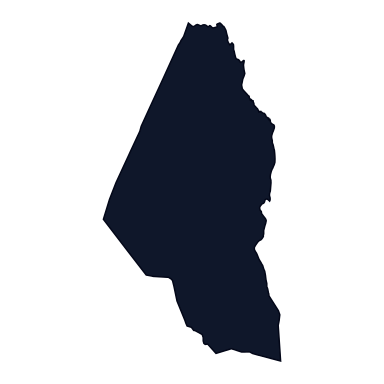 the district of San Francisco Logueche, Oaxaca, Mexico
{"feature_id": "50627088B77948267896933", "entity_name": "San Francisco Logueche", "entity_type": "district", "adm_level": 2, "iso_a3": "MEX", "parent_name": "Mexico", "parent_adm1": "Oaxaca", "projection": "equal_earth", "projection_center": [-96.367, 16.374], "detail": "fine", "context": "isolated", "style": "filled", "palette": "ink", "viewbox_px": 384, "rotation_deg": 0, "n_neighbors": 0, "source": "geoboundaries", "source_scale": "gbopen_adm2", "svg_char_len": 4182}
<svg xmlns="http://www.w3.org/2000/svg" viewBox="0 0 384 384"><path d="M116.0,182.7L109.5,199.4L103.4,219.3L127.6,250.9L146.2,275.0L151.6,276.0L153.2,276.4L168.5,277.3L171.3,279.1L172.5,280.5L174.0,286.5L177.0,301.0L184.9,320.3L185.8,323.0L187.1,326.0L191.4,327.3L193.7,330.4L195.1,330.6L202.2,334.5L203.2,337.6L203.2,340.9L203.9,343.4L205.2,344.4L207.7,344.1L216.0,353.4L231.4,348.7L241.6,352.0L249.7,351.9L252.6,353.5L257.2,354.8L280.6,361.0L278.2,325.4L279.1,320.7L279.8,314.8L278.4,310.7L269.0,295.9L268.7,293.5L268.5,293.3L267.9,290.0L267.5,288.3L266.8,286.7L266.8,283.5L266.0,279.9L265.7,277.5L265.5,275.7L265.4,275.0L264.7,271.2L263.8,269.2L262.6,265.3L261.9,264.4L261.1,262.8L259.0,259.3L257.6,255.8L257.5,255.5L256.5,253.2L255.8,252.2L255.3,251.3L254.5,249.9L254.3,248.3L254.4,247.3L255.5,245.3L256.7,243.5L257.4,242.6L258.0,241.7L259.3,240.6L259.6,240.4L260.8,239.9L261.8,238.9L262.5,237.9L263.2,236.8L263.4,236.2L263.3,235.2L263.7,234.0L263.7,233.4L263.7,230.4L264.2,228.5L264.9,225.7L265.4,224.2L265.7,223.2L266.1,221.2L266.2,220.8L265.8,219.3L264.8,217.8L263.5,216.2L261.6,213.6L261.3,211.5L259.8,209.7L259.9,209.2L259.6,208.1L259.8,207.1L260.2,206.2L261.3,204.8L262.1,203.9L262.7,203.5L263.3,203.4L263.9,202.9L264.4,202.1L264.7,201.2L264.9,200.3L265.3,199.6L266.0,199.2L266.7,199.0L267.2,199.1L268.1,199.7L268.8,200.3L269.6,201.1L270.1,200.0L270.1,198.0L269.8,196.8L269.5,195.6L269.5,193.9L270.0,192.0L270.3,191.1L270.5,189.0L271.0,182.9L270.9,180.2L270.6,179.1L270.3,178.2L270.2,176.7L270.5,174.3L270.9,172.8L271.3,171.3L272.1,169.2L272.7,168.2L273.5,166.2L274.2,164.7L274.9,162.3L275.0,159.0L274.9,156.3L274.7,153.3L274.4,150.3L273.9,148.6L273.5,146.5L272.9,144.1L272.5,143.6L272.3,142.2L272.3,140.6L271.7,138.1L271.6,136.6L271.8,135.2L272.3,133.6L272.6,132.5L273.0,131.7L273.5,130.4L274.3,128.0L274.4,126.8L274.3,125.9L273.8,124.9L272.9,124.5L271.4,123.5L271.1,123.2L270.6,122.2L270.3,121.5L270.3,120.8L270.3,120.5L270.0,119.7L269.9,119.3L269.6,119.1L269.2,119.2L269.1,119.6L269.0,119.8L268.8,119.7L268.7,119.1L268.7,118.4L268.6,118.1L268.3,118.1L268.0,118.3L267.9,117.9L267.7,117.6L267.3,117.5L266.6,117.1L266.2,116.9L266.0,116.2L265.7,115.3L265.4,114.8L265.1,114.7L265.0,114.3L264.8,113.9L264.6,113.8L264.3,113.7L263.9,113.2L263.5,113.3L263.0,113.3L262.7,113.1L262.3,112.7L261.9,112.3L261.5,112.1L261.2,112.1L261.1,111.8L260.9,111.4L260.6,111.4L260.4,111.5L260.0,111.9L259.8,111.9L259.6,111.7L259.4,111.7L259.3,111.8L259.1,112.0L258.9,112.0L258.7,111.8L258.7,111.5L258.7,110.9L258.5,110.5L258.3,110.3L258.0,109.9L257.8,109.4L257.5,108.8L256.9,108.2L256.3,107.7L256.0,107.5L255.9,107.3L255.7,106.8L255.5,106.6L255.1,106.5L254.8,106.0L254.6,105.7L254.3,105.2L253.8,104.7L253.8,104.3L253.9,103.7L253.8,103.1L253.4,102.5L253.2,102.1L253.2,101.5L253.2,100.9L252.7,100.7L252.3,100.5L251.9,100.6L251.6,100.7L251.5,100.2L251.4,99.7L251.2,99.5L250.9,99.5L250.6,100.0L250.4,100.2L250.2,100.0L250.2,99.5L250.2,99.0L249.9,98.6L249.5,98.2L249.3,97.7L249.2,96.7L249.0,96.1L248.7,96.0L248.0,95.4L247.2,94.4L245.7,92.8L243.5,90.4L242.3,88.8L241.6,84.9L242.1,82.6L242.8,79.0L244.0,76.1L244.8,73.5L244.0,69.7L243.7,67.3L243.5,65.0L243.8,63.2L244.1,61.8L244.1,60.6L243.5,60.5L241.8,62.0L240.5,62.4L239.7,61.0L238.6,59.7L236.1,58.8L235.4,56.7L234.7,53.9L234.2,51.4L233.6,49.5L233.6,46.1L233.4,44.4L232.0,42.9L230.6,44.2L229.8,44.8L228.3,42.6L227.4,40.0L227.9,38.1L226.7,33.8L225.9,30.3L224.3,27.2L223.5,26.2L222.8,26.3L222.5,25.9L222.0,24.8L221.0,23.9L220.5,23.4L219.9,23.0L219.3,23.1L218.6,23.5L217.7,23.8L217.0,24.2L216.8,24.6L216.9,25.2L217.2,25.8L217.3,26.3L217.1,26.7L216.6,27.0L215.7,27.3L214.5,27.6L213.4,27.9L213.0,28.0L212.6,27.8L212.2,27.6L211.5,27.0L210.9,26.3L210.1,25.7L209.5,25.7L208.8,26.5L208.2,26.8L207.7,26.7L207.2,26.2L206.3,25.5L205.4,25.0L204.5,24.8L203.7,24.8L202.4,25.1L201.6,25.7L200.8,25.9L199.6,25.4L198.5,24.9L197.3,24.5L196.0,25.0L194.7,26.0L193.9,26.5L192.8,26.5L191.6,25.8L190.7,25.0L188.4,23.1L183.7,36.4L182.7,38.0L180.9,40.7L180.2,42.4L178.4,45.0L163.8,77.1L150.9,105.1L141.2,126.3L139.9,131.1L138.3,134.6L137.8,135.6L133.2,145.5L130.3,151.7L128.4,155.9L123.3,166.9L120.3,173.4L116.0,182.7Z" fill="#0f172a" stroke="#020617" stroke-width="1.5"/></svg>